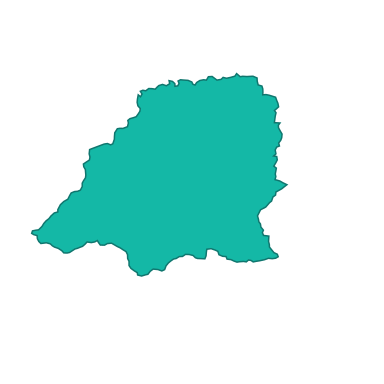 Itapira, São Paulo, Brazil, rotated 36°
{"feature_id": "56859067B4664516134209", "entity_name": "Itapira", "entity_type": "district", "adm_level": 2, "iso_a3": "BRA", "parent_name": "Brazil", "parent_adm1": "São Paulo", "projection": "mercator", "projection_center": [-46.772, -22.437], "detail": "fine", "context": "isolated", "style": "filled", "palette": "teal", "viewbox_px": 384, "rotation_deg": 36, "n_neighbors": 0, "source": "geoboundaries", "source_scale": "gbopen_adm2", "svg_char_len": 3186}
<svg xmlns="http://www.w3.org/2000/svg" viewBox="0 0 384 384"><g transform="rotate(36 192 192)"><path d="M213.4,78.5L210.8,77.6L211.4,75.2L212.0,72.2L209.3,69.7L207.1,68.4L203.9,66.2L200.6,67.3L197.4,68.4L194.6,69.7L192.1,71.8L190.7,69.6L188.7,67.0L186.3,65.2L182.6,66.5L179.6,64.0L177.6,61.5L173.3,62.5L171.4,64.0L168.6,66.3L165.0,68.6L163.2,70.4L158.5,70.0L158.6,73.1L156.0,76.4L153.1,79.7L149.8,81.0L149.4,83.7L146.4,86.8L140.4,86.7L137.5,89.1L137.9,93.0L135.4,94.4L132.8,97.2L131.4,100.7L131.6,103.7L129.3,104.3L127.2,103.1L123.2,104.0L119.7,106.2L116.7,108.0L115.5,110.4L117.7,111.8L118.1,114.5L116.1,116.5L114.4,114.4L111.2,114.0L108.0,115.4L110.3,117.5L108.8,121.1L104.9,122.3L102.6,125.4L102.1,127.8L101.8,130.4L98.9,131.9L96.2,133.7L95.1,137.3L92.4,138.6L91.0,140.9L94.0,142.1L94.4,145.2L91.4,145.0L93.3,149.0L94.9,151.7L97.6,154.1L101.1,154.9L102.4,157.3L102.6,160.5L102.6,163.9L100.7,166.6L98.7,169.1L98.0,171.8L100.0,173.6L101.4,177.1L98.8,181.1L96.2,182.9L94.4,184.7L94.7,189.5L96.7,192.8L98.2,195.0L99.6,199.6L98.4,201.7L95.1,202.5L92.7,204.9L84.2,217.8L86.4,221.6L88.9,223.7L90.2,226.4L88.7,230.4L87.7,233.2L89.6,235.2L92.5,236.5L96.2,240.8L97.5,243.2L97.6,246.5L98.0,249.4L100.0,252.1L100.6,256.1L99.1,258.6L96.7,260.7L94.8,263.8L95.1,266.6L95.8,270.8L93.9,275.0L93.0,279.6L93.8,285.1L95.2,287.0L92.9,289.9L92.0,294.2L91.9,297.7L90.9,301.1L90.6,304.6L90.9,308.0L90.1,312.8L88.0,314.8L85.8,317.2L86.6,319.7L89.1,319.5L92.3,318.3L94.4,320.7L97.2,322.1L100.0,322.5L101.8,320.8L104.0,318.7L107.9,317.2L110.6,317.6L113.1,317.4L117.0,316.2L121.1,316.0L124.1,316.6L126.8,314.8L128.5,312.9L130.8,306.9L132.5,304.8L133.9,302.5L135.4,300.3L136.1,297.3L136.5,294.1L140.3,292.1L142.7,289.5L143.9,286.9L146.2,287.9L149.0,288.8L152.5,286.4L153.8,283.5L157.0,280.7L159.8,280.4L163.7,280.0L166.8,279.4L169.7,279.3L173.7,279.0L176.7,280.6L179.1,283.7L181.8,285.1L184.3,288.5L187.5,289.7L191.8,289.7L195.1,289.4L196.8,291.1L200.6,289.6L203.1,286.3L204.7,284.5L204.8,280.7L205.9,277.2L210.1,274.7L214.0,273.6L215.5,270.9L214.4,267.0L214.6,263.3L215.3,260.5L216.5,257.0L218.3,255.1L219.6,251.8L222.2,249.7L223.4,246.3L226.5,244.2L230.2,242.7L233.4,243.2L235.6,242.5L238.0,240.9L241.7,238.5L240.9,235.4L238.9,232.1L237.6,229.6L240.8,226.6L244.8,225.4L247.8,224.8L250.7,226.9L254.6,226.0L257.5,224.2L259.8,225.7L263.3,223.8L266.6,223.2L269.6,222.3L271.3,220.6L274.5,217.9L277.0,216.6L277.7,213.8L279.9,212.7L282.6,212.6L284.7,210.3L287.2,207.8L290.5,204.1L292.8,200.7L296.1,198.8L298.6,196.4L299.8,193.7L297.6,192.2L293.9,192.9L291.3,192.2L287.0,191.0L285.5,189.1L283.0,187.0L280.1,182.5L275.4,185.1L272.8,183.5L272.2,180.9L268.4,179.9L266.1,177.6L263.6,176.8L261.8,175.0L259.0,172.8L257.9,166.1L260.5,160.8L261.0,155.0L261.7,152.6L260.4,148.5L261.4,145.4L259.9,142.7L262.7,136.7L263.6,133.4L264.5,130.3L260.1,131.1L256.5,131.5L251.9,133.2L250.8,130.3L248.8,128.5L246.2,123.1L243.0,123.0L242.6,119.0L242.1,115.9L239.7,113.5L236.9,114.9L237.5,111.8L234.6,109.1L234.1,105.9L235.7,103.4L233.3,101.4L233.4,98.1L232.7,95.4L230.8,92.2L227.8,90.9L224.2,89.2L222.6,87.2L222.6,84.5L220.2,86.0L217.9,87.5L216.1,84.2L214.7,81.6L213.4,78.5Z" fill="#14b8a6" stroke="#0f766e" stroke-width="1.5"/></g></svg>